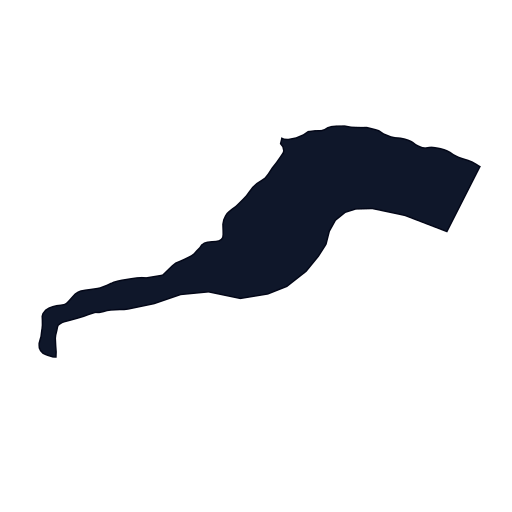 outline of Fond Eau Rouge, Anse-la-Raye, Saint Lucia, rotated 289°
{"feature_id": "8701671B4886377420508", "entity_name": "Fond Eau Rouge", "entity_type": "district", "adm_level": 2, "iso_a3": "LCA", "parent_name": "Saint Lucia", "parent_adm1": "Anse-la-Raye", "projection": "equal_earth", "projection_center": [-61.032, 13.949], "detail": "fine", "context": "isolated", "style": "filled", "palette": "ink", "viewbox_px": 512, "rotation_deg": 289, "n_neighbors": 0, "source": "geoboundaries", "source_scale": "gbopen_adm2", "svg_char_len": 2648}
<svg xmlns="http://www.w3.org/2000/svg" viewBox="0 0 512 512"><g transform="rotate(289 256 256)"><path d="M413.4,438.6L413.5,438.0L413.6,437.3L414.3,434.5L415.2,429.7L415.4,425.2L415.3,422.7L415.2,418.8L415.2,415.5L415.5,412.9L416.0,409.5L417.1,405.7L417.6,402.2L417.7,399.3L417.5,395.5L417.1,392.7L416.5,389.3L415.9,386.7L415.1,384.7L413.1,380.9L412.5,377.8L412.6,375.7L412.8,373.2L413.2,370.6L414.4,367.1L414.8,365.0L415.0,362.0L414.9,358.4L414.4,354.4L413.9,352.3L413.1,349.3L413.0,348.6L412.8,347.3L412.5,344.6L412.9,336.8L414.4,331.3L414.3,327.8L413.9,323.0L413.5,318.8L411.8,314.2L410.0,308.5L408.7,304.1L407.7,297.5L405.3,290.9L405.1,290.2L402.9,285.3L400.6,282.1L397.8,279.8L395.8,277.1L393.5,270.9L391.5,266.9L390.6,264.9L386.0,261.5L380.7,255.6L376.8,248.9L376.2,247.1L375.5,244.4L375.7,242.1L374.5,242.3L372.3,242.5L370.2,242.7L368.1,245.9L364.5,248.1L362.2,248.2L361.9,248.4L361.9,248.0L360.9,247.8L357.5,246.9L350.9,245.0L344.6,242.8L337.4,241.0L332.6,239.3L328.6,236.3L324.8,233.3L319.8,230.6L314.0,228.7L309.7,227.4L304.7,225.1L300.4,223.0L296.3,220.9L296.0,220.7L292.8,218.4L289.3,216.2L286.8,214.9L283.9,214.2L279.7,213.8L275.3,214.4L272.6,215.4L269.5,216.6L265.6,218.0L262.7,218.6L260.4,217.9L258.3,216.2L256.7,213.5L254.9,209.2L253.1,205.5L251.3,203.0L250.1,202.2L248.7,201.1L245.6,200.3L241.7,198.4L237.8,196.8L235.2,195.0L232.6,192.5L229.4,189.3L226.3,186.0L223.2,182.5L219.6,180.2L207.6,174.1L206.6,172.5L199.6,159.5L198.3,155.0L196.5,150.6L194.0,145.7L191.7,141.4L189.4,137.1L187.3,133.6L185.3,130.7L184.9,130.1L182.6,127.8L182.6,127.4L181.9,126.9L179.5,124.4L177.6,122.1L175.0,119.0L173.6,116.6L170.7,111.0L168.2,106.0L165.8,101.7L163.8,99.5L161.2,97.5L157.6,95.9L153.3,94.1L151.5,93.3L149.3,92.2L147.6,90.6L145.8,87.3L145.4,86.5L144.2,83.9L142.0,80.5L139.4,77.3L136.3,74.8L132.2,73.4L129.4,73.5L125.8,74.9L121.0,76.6L120.6,76.7L117.3,77.5L116.7,77.6L116.2,77.6L115.6,77.8L114.0,78.1L111.7,78.6L109.9,79.0L107.3,79.1L102.9,79.4L101.1,80.0L98.5,81.1L97.0,82.6L96.4,83.1L94.7,86.3L94.4,89.0L94.3,91.3L94.5,97.0L95.4,99.7L100.3,98.2L105.9,95.8L109.9,94.2L112.9,93.0L116.0,92.3L120.4,91.9L124.2,91.4L126.1,91.4L128.0,92.7L130.0,94.3L131.3,95.9L134.9,101.3L139.1,107.4L142.9,112.7L146.2,116.7L150.3,122.2L151.6,126.2L153.7,129.7L155.9,132.8L157.7,136.3L160.6,143.5L161.1,144.7L162.4,148.6L164.3,152.4L177.8,175.1L195.1,197.3L206.7,222.8L210.8,255.0L224.0,279.5L237.3,295.0L257.9,308.3L276.1,315.0L288.1,317.9L290.1,318.3L303.3,317.2L315.7,319.4L326.4,326.1L333.0,335.0L338.8,350.5L339.1,352.9L342.2,377.7L342.9,383.8L341.3,428.5L412.2,438.4L412.8,438.5L413.4,438.6Z" fill="#0f172a" stroke="#020617" stroke-width="1.5"/></g></svg>